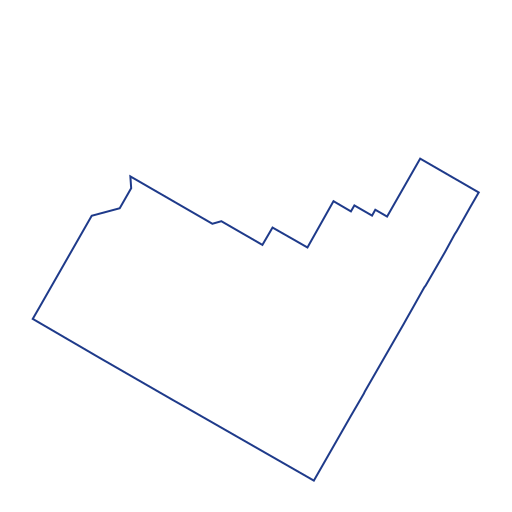 the district of Walthall, Mississippi, United States of America, rotated 300°
{"feature_id": "52423323B48551637922403", "entity_name": "Walthall", "entity_type": "district", "adm_level": 2, "iso_a3": "USA", "parent_name": "United States of America", "parent_adm1": "Mississippi", "projection": "robinson", "projection_center": [-90.045, 31.176], "detail": "fine", "context": "isolated", "style": "outline", "palette": "blue", "viewbox_px": 512, "rotation_deg": 300, "n_neighbors": 0, "source": "geoboundaries", "source_scale": "gbopen_adm2", "svg_char_len": 661}
<svg xmlns="http://www.w3.org/2000/svg" viewBox="0 0 512 512"><g transform="rotate(300 256 256)"><path d="M262.1,107.4L252.3,114.0L229.2,114.1L208.7,93.6L102.8,94.1L89.9,94.1L89.6,167.4L89.6,175.3L89.7,256.0L89.9,282.5L90.4,418.4L141.4,418.2L164.7,418.1L165.0,418.1L190.8,418.2L193.1,418.0L254.0,417.9L270.6,417.9L276.4,417.8L289.6,417.7L313.0,417.4L315.1,417.7L350.9,417.7L354.0,417.7L374.1,417.2L377.9,417.4L405.9,417.1L422.4,417.1L422.4,349.5L355.7,349.8L355.7,336.2L349.0,336.3L349.0,315.9L342.1,315.9L342.2,295.7L289.1,296.3L288.9,256.1L268.8,256.0L268.8,208.6L262.1,202.1L262.1,166.9L262.1,107.4Z" fill="none" stroke="#1e3a8a" stroke-width="2"/></g></svg>